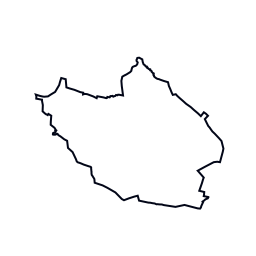 the district of Talata Mafara, Zamfara, Nigeria, rotated 285°
{"feature_id": "59680162B53803782710688", "entity_name": "Talata Mafara", "entity_type": "district", "adm_level": 2, "iso_a3": "NGA", "parent_name": "Nigeria", "parent_adm1": "Zamfara", "projection": "mercator", "projection_center": [6.093, 12.397], "detail": "fine", "context": "isolated", "style": "outline", "palette": "ink", "viewbox_px": 256, "rotation_deg": 285, "n_neighbors": 0, "source": "geoboundaries", "source_scale": "gbopen_adm2", "svg_char_len": 3673}
<svg xmlns="http://www.w3.org/2000/svg" viewBox="0 0 256 256"><g transform="rotate(285 128 128)"><path d="M60.7,157.5L61.2,167.0L61.6,168.9L61.7,171.0L62.0,173.3L61.7,175.2L62.1,176.5L62.3,178.0L62.9,180.5L62.8,182.4L64.1,194.3L68.3,202.5L68.4,216.2L68.8,218.5L70.1,219.0L71.6,219.0L75.6,219.7L75.7,219.4L76.1,219.0L76.4,219.2L76.8,219.6L77.1,219.8L77.3,220.0L77.8,220.4L78.3,220.7L78.7,220.9L78.8,221.0L79.0,221.2L79.1,221.3L79.3,221.5L79.5,221.7L79.7,221.9L79.8,222.0L80.0,222.4L80.3,222.6L80.5,223.1L80.7,223.3L80.9,223.3L81.5,223.4L81.8,223.6L82.1,223.5L81.8,218.8L83.2,218.7L84.3,218.5L85.9,218.2L85.8,213.1L93.9,213.7L97.9,213.8L99.7,214.0L99.9,213.7L100.3,213.1L101.6,211.2L104.8,206.4L110.4,212.3L117.2,219.7L118.5,222.9L118.8,225.7L129.5,225.7L132.8,225.5L139.6,221.7L141.6,218.7L145.0,213.2L146.5,210.4L147.8,208.8L149.6,206.7L150.7,205.0L153.4,202.6L156.5,199.9L160.5,202.1L161.9,199.7L162.8,197.2L158.3,195.3L160.3,191.7L162.5,187.0L164.5,183.1L166.4,177.9L168.4,174.0L170.3,170.1L171.7,167.4L173.0,165.4L171.6,162.7L173.2,161.3L174.6,160.2L176.5,158.8L179.2,156.6L182.6,154.8L182.7,150.7L183.0,146.6L183.2,145.2L183.1,143.7L183.3,142.7L183.9,141.1L184.3,140.2L184.6,140.0L184.8,139.7L185.0,139.6L185.4,139.5L185.6,139.0L186.1,138.7L186.4,138.7L186.8,138.8L187.0,138.9L187.3,138.8L187.5,138.6L187.5,138.4L187.3,138.3L187.1,138.4L188.2,136.7L188.4,136.3L188.9,136.2L189.1,136.0L189.3,135.7L189.4,135.4L189.4,135.1L189.5,134.8L189.5,134.5L190.4,134.3L190.5,134.0L190.4,133.8L190.3,133.5L190.3,133.1L190.4,132.6L190.8,132.1L191.0,131.6L191.2,131.4L191.4,131.3L191.4,131.1L191.1,130.9L191.2,130.7L191.5,130.5L191.9,130.6L192.2,130.4L192.3,130.2L192.2,129.8L192.0,129.5L192.1,129.1L193.0,128.1L193.5,126.6L195.5,125.2L198.0,124.0L198.3,122.6L198.8,120.6L198.1,118.9L196.8,118.8L196.1,118.6L195.3,118.8L194.9,119.0L193.9,120.4L192.0,120.4L190.8,119.9L190.0,119.3L189.6,118.5L188.5,117.0L187.6,116.4L186.0,116.3L184.0,116.4L182.5,115.6L179.4,112.7L178.1,111.3L178.1,111.2L176.1,109.2L171.8,109.4L167.0,111.1L158.1,114.8L158.0,113.2L158.0,112.5L157.8,112.0L157.9,111.3L157.8,110.7L157.6,109.8L156.9,109.4L156.8,107.9L156.0,107.6L155.5,107.2L155.3,106.8L155.2,106.4L154.5,105.8L154.5,105.4L154.7,105.0L155.0,104.7L154.8,104.3L154.5,103.7L154.4,103.1L154.2,102.7L153.7,102.6L153.1,102.5L152.9,102.4L152.8,102.1L152.8,101.6L152.7,100.0L151.6,99.9L151.2,99.3L151.2,96.2L150.7,90.1L148.7,90.0L149.5,86.2L150.1,80.1L150.0,78.9L149.7,77.3L148.8,75.9L150.5,75.6L150.3,72.6L151.0,66.4L151.1,61.3L151.3,58.0L159.0,55.2L159.0,50.6L155.1,50.4L151.6,50.4L144.1,48.3L143.9,48.2L140.7,45.1L137.8,42.5L136.5,38.9L136.3,37.2L136.2,34.6L136.4,30.3L134.9,31.3L132.6,31.8L132.9,35.4L133.0,37.0L133.1,37.6L131.8,38.0L128.1,39.8L122.0,41.2L120.5,44.1L120.0,45.5L120.0,45.9L120.0,46.1L119.7,47.1L121.0,47.5L120.0,50.7L114.1,51.8L111.1,52.5L110.0,55.0L109.2,56.9L108.8,57.3L108.4,57.8L108.0,58.2L107.5,58.3L107.4,58.6L107.3,58.9L107.1,59.4L106.7,59.3L106.3,59.0L106.1,58.8L106.1,58.7L105.6,59.0L105.2,59.0L104.8,58.4L104.2,57.5L103.8,57.0L103.1,57.0L102.7,57.0L102.4,57.1L102.2,57.4L102.5,58.0L102.4,58.4L102.6,58.8L102.7,59.1L102.8,59.5L103.0,59.5L103.2,59.8L103.3,59.9L103.3,60.0L103.5,60.2L103.5,60.4L103.7,60.6L104.0,60.9L104.1,61.2L104.0,61.6L103.1,62.6L102.4,65.0L100.6,69.3L99.9,72.5L93.2,75.2L90.4,80.7L84.4,85.8L82.4,87.2L81.8,88.6L81.8,90.0L81.6,92.0L81.2,94.6L80.9,99.3L80.8,102.0L80.4,102.6L79.0,103.0L77.8,103.5L77.0,103.7L76.3,104.1L75.0,104.4L74.2,104.7L73.2,105.2L72.6,106.0L71.6,107.0L71.2,107.5L70.0,108.7L66.5,110.0L66.0,118.3L64.9,123.5L62.5,132.5L57.8,140.4L57.2,142.8L60.3,147.1L63.4,151.9L65.1,154.9L60.7,157.5Z" fill="none" stroke="#020617" stroke-width="2"/></g></svg>